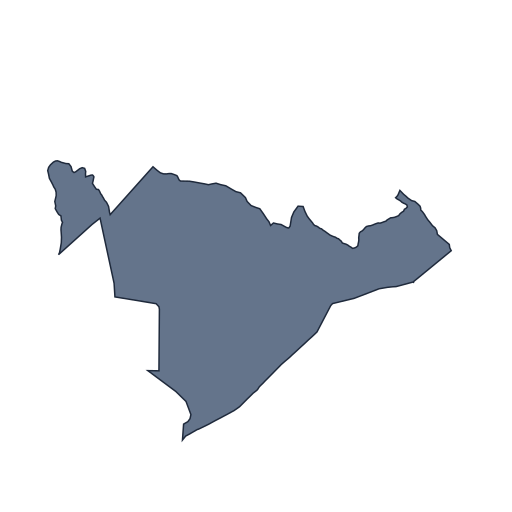 the district of Santa Catarina Yosonotú, Oaxaca, Mexico, rotated 162°
{"feature_id": "50627088B97358550185776", "entity_name": "Santa Catarina Yosonotú", "entity_type": "district", "adm_level": 2, "iso_a3": "MEX", "parent_name": "Mexico", "parent_adm1": "Oaxaca", "projection": "albers", "projection_center": [-97.679, 17.005], "detail": "fine", "context": "isolated", "style": "filled", "palette": "slate", "viewbox_px": 512, "rotation_deg": 162, "n_neighbors": 0, "source": "geoboundaries", "source_scale": "gbopen_adm2", "svg_char_len": 3539}
<svg xmlns="http://www.w3.org/2000/svg" viewBox="0 0 512 512"><g transform="rotate(162 256 256)"><path d="M68.7,200.7L69.2,204.0L68.6,207.3L76.8,220.5L76.3,224.2L77.0,227.5L78.8,230.3L80.2,234.3L81.5,237.5L82.6,241.6L82.9,243.3L84.1,246.9L85.1,248.8L84.6,250.7L84.6,252.7L85.9,255.2L88.1,258.8L90.9,260.6L93.6,264.1L94.9,266.5L96.5,269.0L98.9,273.9L101.9,270.4L103.4,269.2L105.2,268.3L104.3,266.8L102.9,265.3L101.6,263.8L100.6,262.0L99.3,260.6L97.8,259.3L96.7,257.8L96.9,255.9L98.5,255.0L100.4,254.6L101.8,253.0L103.9,252.5L105.9,251.7L107.9,250.3L110.0,250.1L112.3,250.0L114.4,250.3L116.2,250.7L117.9,250.3L120.1,249.8L121.7,249.0L123.9,249.0L125.8,248.9L127.9,248.9L129.6,249.7L131.7,249.7L133.6,249.6L135.7,249.4L137.7,249.4L139.7,249.8L141.9,249.9L143.8,249.0L145.5,247.9L147.1,247.1L149.2,246.7L150.8,245.7L151.7,243.7L152.7,241.6L153.2,239.6L154.1,237.7L155.0,236.2L156.0,234.2L157.9,233.4L159.8,233.2L161.8,233.4L162.8,234.9L164.2,236.4L165.3,238.0L166.7,239.4L168.4,240.6L169.9,241.7L170.3,243.7L171.3,245.3L172.2,246.9L173.6,247.9L174.6,249.3L176.3,250.5L177.7,251.7L179.3,253.2L180.4,254.8L181.6,256.4L182.7,258.0L184.2,259.8L185.3,261.6L186.8,262.6L187.8,264.2L189.1,265.7L190.7,266.8L191.6,268.4L191.9,269.8L193.5,273.9L193.9,274.8L195.0,278.2L195.7,283.4L195.9,288.5L200.6,290.4L206.4,286.2L210.3,281.7L214.3,273.9L215.6,272.9L216.1,272.6L216.6,272.6L218.4,273.9L222.4,278.2L225.8,279.9L229.2,282.0L232.7,280.5L233.1,284.6L234.3,287.8L236.0,294.1L237.8,299.8L241.0,302.1L245.1,305.5L247.6,310.6L248.0,314.8L251.2,320.9L255.2,323.4L258.7,327.2L263.0,332.1L267.6,334.8L271.5,337.6L275.9,338.2L279.2,338.5L282.8,340.6L286.6,342.6L292.1,345.6L296.2,347.7L304.6,350.6L305.5,351.8L305.8,353.2L306.0,355.3L306.4,356.9L308.6,358.7L311.1,360.6L313.7,361.4L315.7,361.7L318.6,362.7L321.3,364.7L323.7,368.2L326.4,372.7L381.9,340.4L381.8,342.9L381.5,344.7L380.9,348.7L381.3,351.4L381.6,353.3L382.8,355.9L383.2,358.4L383.6,359.8L383.9,361.7L384.5,363.2L384.8,366.1L385.3,367.9L387.2,368.8L388.1,371.7L389.1,375.6L387.7,377.8L386.6,379.8L385.7,381.3L385.9,382.4L386.4,383.5L387.8,383.9L393.6,383.9L392.7,387.0L391.8,389.1L391.9,392.3L394.0,393.7L396.7,393.5L401.4,391.8L403.3,391.6L404.5,393.4L404.3,398.2L405.5,401.6L408.3,402.7L410.1,403.9L412.3,405.3L413.5,406.5L415.4,407.9L417.4,408.3L419.7,407.9L422.7,406.5L423.2,406.3L425.8,404.4L427.7,401.6L428.0,397.9L428.5,393.7L427.7,389.4L427.2,386.3L427.0,384.2L426.3,381.6L426.4,378.4L427.4,375.1L430.5,370.0L431.0,365.5L432.3,363.1L431.6,359.6L430.8,356.5L429.1,354.4L430.0,350.3L429.6,347.8L430.7,346.4L432.5,343.5L433.4,341.1L434.1,338.2L435.2,333.9L437.1,328.7L440.1,323.0L441.9,319.8L443.4,318.3L415.3,330.8L402.1,336.7L392.6,340.2L394.3,323.9L399.4,273.9L402.8,260.7L365.7,241.5L364.0,237.8L364.3,235.3L383.8,176.8L394.3,180.4L374.1,151.9L367.5,139.3L366.9,125.3L369.0,121.7L372.0,119.5L376.8,118.5L382.8,103.7L378.5,106.5L373.9,107.3L372.6,107.6L365.6,109.1L364.0,109.1L352.6,110.7L349.6,111.3L345.3,112.1L339.8,113.0L336.0,113.7L333.0,114.2L326.7,115.4L324.9,115.7L318.3,117.7L313.4,120.2L308.6,122.7L305.9,124.0L301.2,126.4L296.7,128.0L295.4,128.8L294.6,129.5L293.4,130.5L291.5,131.5L288.6,132.9L285.9,134.4L281.2,136.8L273.9,140.6L265.5,145.0L261.3,146.8L255.0,149.4L251.9,150.9L249.6,151.9L241.4,155.7L236.3,158.0L231.9,160.1L227.8,161.9L221.5,164.9L210.6,175.6L200.8,185.2L200.2,185.8L199.1,186.4L197.9,187.1L175.5,185.4L149.1,186.8L140.8,185.6L135.6,184.5L132.2,183.6L114.7,182.7L114.3,182.3L113.7,183.1L68.7,200.7Z" fill="#64748b" stroke="#1e293b" stroke-width="1.5"/></g></svg>